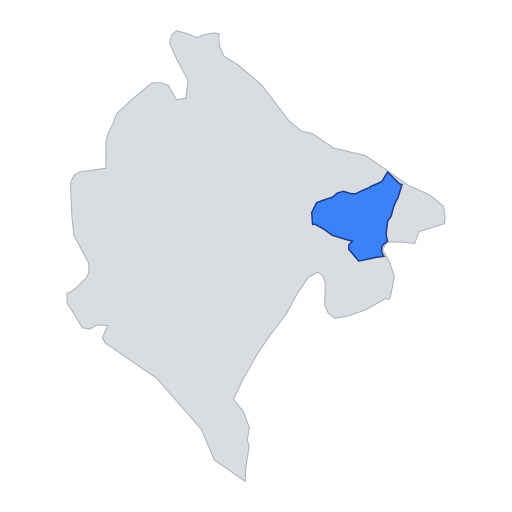 Berane highlighted on a map of Montenegro
{"feature_id": "MNE-1509", "entity_name": "Berane", "entity_type": "Municipality", "adm_level": 1, "iso_a3": "MNE", "parent_name": "Montenegro", "parent_adm1": "", "projection": "albers", "projection_center": [19.918, 42.855], "detail": "fine", "context": "in_parent", "style": "filled", "palette": "blue", "viewbox_px": 512, "rotation_deg": 0, "n_neighbors": 0, "source": "natural_earth", "source_scale": "10m", "svg_char_len": 1788}
<svg xmlns="http://www.w3.org/2000/svg" viewBox="0 0 512 512"><path d="M219.3,33.6L218.7,36.9L219.6,46.6L223.9,56.0L239.3,65.8L261.9,85.1L288.6,120.4L300.9,130.8L311.9,133.4L333.5,148.0L348.6,151.6L365.5,155.6L409.5,186.0L429.4,194.8L443.5,206.2L445.1,217.0L444.5,223.6L419.0,231.6L414.6,243.5L402.2,242.1L387.3,242.1L382.4,249.6L389.6,262.0L394.3,276.6L390.5,296.7L389.3,299.3L385.7,298.6L364.6,310.2L348.8,315.7L334.7,318.4L328.0,312.8L324.7,305.2L325.3,283.2L322.8,275.8L317.9,272.2L308.2,277.4L296.9,294.3L286.3,314.0L270.5,334.5L257.3,354.2L243.1,379.0L233.4,399.6L243.3,411.3L249.3,427.5L247.3,439.6L249.1,446.7L245.8,467.9L245.1,481.3L214.1,459.7L201.5,429.5L156.6,378.2L105.1,342.9L102.4,337.4L105.4,330.8L107.9,325.5L97.2,325.0L89.6,329.1L82.4,327.8L74.5,314.7L67.1,303.3L66.9,293.4L70.4,292.2L75.7,288.3L86.7,277.5L89.0,271.7L88.6,263.0L73.8,235.0L72.0,217.0L70.3,183.5L73.7,175.7L79.3,171.9L105.9,168.2L106.0,142.1L107.7,134.3L113.1,123.6L116.7,113.7L131.6,99.7L151.7,83.1L160.5,82.7L168.1,85.2L176.5,99.8L185.9,98.0L188.1,80.6L176.0,57.6L169.6,42.9L171.8,34.9L176.4,30.7L186.9,33.5L197.0,37.6L203.4,34.9L213.5,32.9L219.3,33.6Z" fill="#d9dde1" stroke="#a8b0b8" stroke-width="1"/><path d="M387.6,241.1L383.4,244.4L381.8,246.6L381.5,251.9L383.7,256.1L383.9,256.3L376.4,257.3L358.7,261.1L352.8,254.0L348.8,249.5L348.8,244.9L352.4,241.2L345.6,239.4L332.3,235.3L323.7,229.0L314.9,224.2L312.6,224.5L312.5,223.9L311.7,212.5L313.3,209.3L316.6,202.6L317.2,202.4L326.1,199.2L332.3,197.3L337.2,193.1L343.5,191.3L351.0,193.7L355.7,193.7L363.1,190.1L368.9,187.8L370.7,186.4L376.7,183.9L381.8,181.5L387.6,172.0L399.5,183.8L402.0,184.6L397.9,197.9L394.8,203.7L393.0,208.9L391.2,216.1L387.7,221.1L386.0,234.1L387.5,240.9L387.6,241.1Z" fill="#3b82f6" stroke="#1e3a8a" stroke-width="1.5"/></svg>